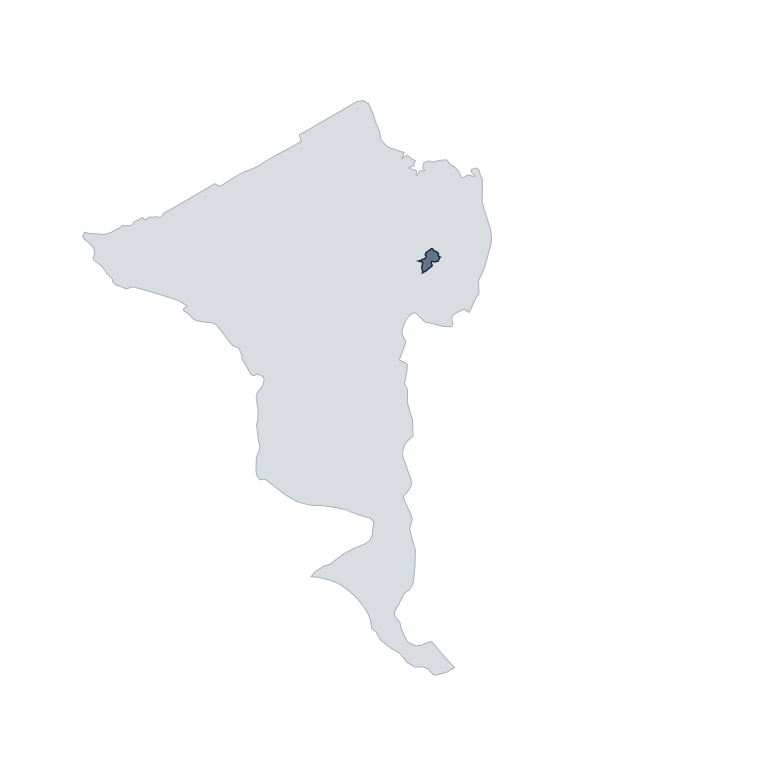 location of Bamboutos, Ouest, Cameroon, rotated 150°
{"feature_id": "32672807B7261733805593", "entity_name": "Bamboutos", "entity_type": "district", "adm_level": 2, "iso_a3": "CMR", "parent_name": "Cameroon", "parent_adm1": "Ouest", "projection": "albers", "projection_center": [10.332, 5.666], "detail": "fine", "context": "in_parent", "style": "filled", "palette": "slate", "viewbox_px": 768, "rotation_deg": 150, "n_neighbors": 0, "source": "geoboundaries", "source_scale": "gbopen_adm2", "svg_char_len": 4481}
<svg xmlns="http://www.w3.org/2000/svg" viewBox="0 0 768 768"><g transform="rotate(150 384 384)"><path d="M196.0,514.1L197.4,510.3L208.1,492.3L214.8,463.4L217.9,456.7L221.0,452.2L236.4,436.8L242.1,431.9L250.5,426.3L256.4,415.1L258.4,413.9L261.0,412.9L274.3,403.4L275.5,405.2L276.3,407.5L277.3,408.6L281.6,409.3L287.5,409.3L290.9,408.6L292.7,406.7L294.5,401.4L295.6,400.4L297.0,400.1L303.4,403.8L314.1,414.3L316.8,416.1L317.9,418.1L320.3,427.7L321.6,430.0L323.9,431.0L328.0,430.4L332.3,428.7L336.1,426.2L339.8,423.1L342.3,420.2L343.4,418.1L344.0,410.3L344.8,408.7L358.6,397.4L358.3,396.3L356.0,393.1L354.0,389.7L356.0,386.1L358.1,383.3L366.1,373.9L366.6,367.1L372.9,356.5L376.6,342.4L376.7,339.7L385.0,324.2L393.7,322.7L397.1,320.6L401.0,316.7L403.5,313.1L404.6,309.7L405.5,303.2L407.0,295.7L407.9,289.1L410.5,283.1L414.9,280.0L422.5,277.4L423.7,276.2L424.7,272.2L425.8,258.8L427.0,252.9L434.0,246.2L437.1,235.7L439.8,224.8L447.8,211.5L457.1,198.3L461.4,194.8L465.1,193.1L469.3,192.9L472.2,191.9L482.2,185.3L486.4,183.1L489.5,180.8L490.2,178.8L490.5,175.9L489.5,169.2L491.2,164.2L492.2,156.5L492.6,150.5L492.2,148.4L490.3,144.9L487.2,141.2L482.2,139.0L475.2,138.4L471.6,137.1L470.2,130.2L469.7,125.9L464.8,103.0L473.6,103.0L484.2,105.7L486.8,107.7L488.3,115.5L492.1,119.9L498.9,123.5L503.1,131.0L504.8,142.5L508.6,149.3L509.4,150.3L514.8,163.2L515.1,169.2L514.7,173.2L516.9,178.2L513.7,186.7L512.8,191.9L512.6,199.2L514.5,212.2L517.7,222.1L521.2,230.2L524.9,236.4L531.0,243.3L537.5,249.5L543.5,253.5L538.0,255.9L527.2,256.3L521.0,255.0L518.0,254.9L515.0,255.8L503.5,257.1L491.9,256.6L481.1,255.1L474.6,255.4L469.5,259.3L465.5,265.1L461.7,269.7L463.1,274.8L466.0,277.6L471.6,283.7L476.6,289.7L479.2,293.7L489.2,302.4L498.9,310.2L503.5,312.9L505.2,313.5L510.5,317.9L517.8,325.3L524.6,336.8L534.1,360.0L536.2,361.9L539.4,363.1L539.8,365.6L539.6,369.2L538.6,372.2L531.2,384.4L524.7,389.2L522.8,392.0L520.4,399.1L514.5,412.9L512.0,414.9L506.1,424.3L501.4,436.2L500.2,438.0L498.3,439.5L491.4,442.5L489.1,443.9L485.6,447.7L485.1,450.1L486.8,453.4L488.7,456.1L492.4,456.1L494.3,458.6L494.5,476.9L492.8,479.6L492.9,480.9L492.1,484.0L491.9,487.5L492.4,488.9L493.8,490.0L495.8,492.5L496.8,498.1L499.3,517.9L500.4,521.0L502.4,523.2L508.5,527.4L514.9,532.9L516.9,536.5L518.2,542.5L520.7,547.2L520.6,548.8L519.6,549.4L515.6,549.8L517.0,553.2L520.3,559.2L536.8,577.3L552.6,593.5L556.3,594.6L559.0,594.9L560.2,595.9L561.7,598.2L566.9,604.1L567.9,607.5L566.8,610.8L568.1,615.9L569.0,617.7L568.7,619.4L569.3,625.6L570.8,631.0L573.2,635.6L572.9,638.8L569.9,640.7L568.2,643.7L567.7,647.9L568.6,653.0L571.0,659.0L571.1,662.6L567.3,665.0L563.1,660.9L558.5,658.1L551.5,653.3L544.5,651.7L535.4,651.4L531.5,652.0L524.8,648.2L522.6,647.6L519.6,649.3L517.6,649.4L515.0,648.8L509.9,648.9L509.4,646.1L508.5,645.5L502.9,645.8L501.2,643.5L500.5,643.8L498.3,643.1L493.8,639.8L489.1,642.0L479.4,641.8L430.2,642.0L429.0,639.0L426.5,637.4L422.1,637.2L409.0,637.9L399.1,637.5L392.3,636.3L384.0,635.6L373.7,636.2L363.1,636.2L344.3,635.4L333.8,635.5L334.1,637.4L333.4,638.8L332.9,642.1L266.1,642.1L260.7,639.9L259.0,638.4L258.5,635.7L257.2,635.3L258.3,623.8L260.5,614.1L261.4,605.1L264.6,597.1L262.9,589.2L261.0,585.7L250.9,574.4L255.6,570.2L249.5,570.8L248.2,566.6L245.2,561.5L247.0,560.7L248.8,558.0L254.3,558.8L254.1,557.5L249.4,553.3L249.8,551.2L251.8,548.8L250.8,547.8L247.4,550.2L245.0,550.2L243.0,548.6L241.7,548.3L242.5,551.5L240.6,554.4L238.8,555.4L235.7,555.2L233.1,554.5L232.4,552.9L230.1,551.6L223.4,549.5L217.8,547.0L216.7,540.1L214.5,537.2L213.6,533.8L213.0,530.0L213.8,524.1L212.4,523.2L210.8,522.9L208.3,523.1L206.1,522.8L203.4,519.5L201.1,518.3L202.5,524.3L200.9,525.9L196.8,525.4L195.1,523.2L194.8,521.5L196.7,514.3L196.0,514.1Z" fill="#d9dde1" stroke="#a8b0b8" stroke-width="1"/><path d="M271.8,465.7L272.8,467.3L272.9,468.5L271.9,469.2L271.7,469.4L271.8,471.2L272.9,473.0L274.2,474.5L274.4,476.7L274.9,477.3L276.1,477.5L276.9,477.2L281.4,476.8L282.2,476.6L283.7,475.3L283.5,474.4L283.5,473.2L284.1,472.8L285.2,472.4L285.8,472.2L286.6,471.9L287.1,472.3L288.7,472.8L289.8,472.5L291.2,472.8L292.5,473.2L291.1,471.7L289.8,471.0L289.8,469.9L290.6,468.8L291.2,467.9L292.0,467.3L293.0,466.4L293.2,465.1L293.7,463.9L294.2,461.8L295.1,461.0L293.2,461.0L291.2,460.9L289.4,461.2L287.3,461.7L286.1,461.9L285.8,461.8L283.7,462.2L283.0,462.4L282.6,465.4L281.6,466.3L280.6,465.9L279.4,464.6L275.6,463.3L273.6,465.0L273.4,465.1L272.9,465.6L271.8,465.7Z" fill="#64748b" stroke="#1e293b" stroke-width="1.5"/></g></svg>